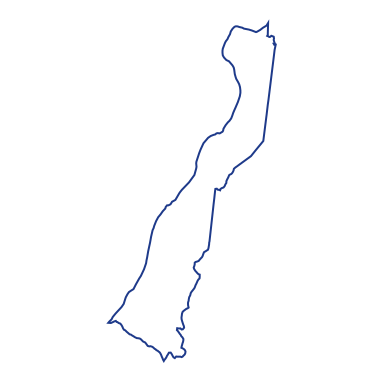 Presidente Epitácio, São Paulo, Brazil
{"feature_id": "56859067B48653003049602", "entity_name": "Presidente Epitácio", "entity_type": "district", "adm_level": 2, "iso_a3": "BRA", "parent_name": "Brazil", "parent_adm1": "São Paulo", "projection": "equal_earth", "projection_center": [-52.191, -21.884], "detail": "fine", "context": "isolated", "style": "outline", "palette": "blue", "viewbox_px": 384, "rotation_deg": 0, "n_neighbors": 0, "source": "geoboundaries", "source_scale": "gbopen_adm2", "svg_char_len": 4036}
<svg xmlns="http://www.w3.org/2000/svg" viewBox="0 0 384 384"><path d="M275.7,44.7L274.3,44.8L273.7,43.7L274.9,43.6L274.3,42.1L273.7,39.9L274.0,38.4L273.7,36.7L272.7,36.3L271.3,35.8L270.3,36.8L269.3,37.0L268.4,36.4L267.2,35.9L267.8,34.8L267.8,33.4L268.1,23.0L266.5,25.6L262.9,27.8L260.2,29.9L257.1,31.7L256.0,32.1L251.6,30.4L250.2,30.0L249.0,29.6L243.9,28.6L242.3,27.7L239.3,27.0L237.6,26.4L235.9,26.3L234.5,26.8L232.6,28.7L230.8,31.4L230.0,34.2L228.4,37.0L227.5,39.1L225.8,41.3L224.9,43.1L222.8,48.7L222.5,50.6L222.5,52.9L222.8,55.4L224.0,57.5L226.3,60.0L227.3,60.5L229.0,61.3L232.5,65.4L233.7,67.5L234.2,69.6L234.8,74.1L235.7,77.3L236.3,79.0L238.0,81.9L239.2,84.3L240.0,87.1L240.4,90.4L240.4,92.9L239.8,96.4L238.6,99.9L237.9,102.0L235.6,107.4L234.3,110.3L233.2,112.9L232.3,115.6L231.2,118.4L229.4,120.9L227.9,122.3L225.6,125.2L223.5,128.7L223.1,130.7L222.5,131.7L219.7,133.4L217.7,133.1L216.4,133.4L215.3,134.4L213.5,134.9L211.7,135.6L210.7,136.0L208.1,137.8L203.5,143.2L200.6,149.5L199.2,153.1L196.4,161.7L196.2,163.3L196.5,166.8L196.2,168.5L194.4,175.0L189.0,182.4L181.9,189.8L180.3,191.8L179.3,193.2L175.4,199.9L173.1,201.2L172.1,201.7L170.5,204.3L168.5,205.3L167.1,205.3L165.7,207.0L165.3,208.5L162.7,211.3L160.7,214.2L158.2,217.2L156.1,221.1L154.2,225.9L153.6,228.1L152.6,230.2L151.1,236.7L150.4,240.7L150.0,242.9L148.2,251.2L147.1,257.6L146.5,260.4L146.1,263.2L144.0,269.3L140.9,275.9L139.2,278.5L135.9,284.4L133.5,289.1L130.8,290.8L128.9,292.1L127.4,294.3L125.8,297.3L125.1,299.4L123.7,303.9L121.5,307.1L115.7,313.4L113.8,315.7L112.7,317.1L111.6,319.3L109.3,321.6L108.3,322.8L110.9,323.0L112.7,322.2L114.3,321.4L115.8,320.9L116.6,321.9L117.5,322.1L118.6,323.0L120.3,323.6L121.3,324.8L122.3,326.5L123.0,328.2L123.9,329.7L125.2,330.3L126.7,331.8L127.9,332.8L128.7,333.5L129.6,334.3L130.9,334.6L132.3,335.6L133.6,336.3L134.7,337.1L135.8,337.6L136.7,338.1L137.9,338.2L139.7,338.5L140.8,339.2L142.1,340.5L142.9,341.4L144.1,342.0L145.2,342.5L146.4,344.1L147.7,345.9L149.3,346.4L150.4,346.2L151.4,346.5L152.5,346.9L153.8,348.0L154.6,348.8L155.6,349.3L156.4,350.2L157.6,350.7L158.5,351.5L159.5,352.2L160.2,353.1L161.1,354.8L161.8,356.7L162.6,358.4L163.0,359.6L163.8,361.0L164.5,359.8L165.3,358.9L166.3,357.4L166.9,356.0L167.9,354.5L168.9,352.7L170.7,352.6L171.8,354.2L172.6,355.8L173.5,357.3L174.8,358.1L175.5,357.3L176.2,356.5L177.7,356.7L179.5,356.7L180.5,356.7L181.5,357.1L182.5,356.7L183.6,355.5L184.7,354.5L185.3,353.1L185.5,351.5L185.0,350.3L184.0,349.2L182.6,348.3L181.4,347.8L181.7,346.2L182.1,344.9L182.5,343.3L183.0,342.0L183.3,340.6L183.4,339.0L182.4,337.3L181.3,336.2L180.7,334.9L179.9,334.0L179.3,333.1L178.6,332.1L177.8,331.0L176.9,330.1L177.2,328.2L178.8,328.5L180.4,328.4L181.6,329.5L182.8,329.3L184.1,327.7L183.9,326.2L183.4,325.0L182.8,323.3L182.4,322.0L182.0,320.7L181.6,319.2L181.5,317.5L181.8,315.4L182.0,313.7L182.6,311.9L183.6,310.9L184.4,310.3L185.7,309.3L186.6,308.7L187.5,308.4L188.6,307.6L188.1,305.4L188.0,303.7L188.1,302.3L188.6,300.8L188.8,299.2L189.2,297.2L190.2,295.4L190.7,293.2L191.6,291.7L192.6,290.5L193.6,289.2L194.3,288.3L195.0,286.8L195.5,285.3L196.3,283.8L197.0,282.2L197.6,280.8L198.5,279.4L199.5,278.5L199.7,277.0L199.7,274.6L198.5,274.2L197.4,273.2L196.4,272.0L195.6,271.2L194.9,270.2L194.1,268.9L193.7,267.6L194.3,266.0L194.7,264.3L194.7,262.8L195.5,262.0L196.9,261.6L198.6,261.0L199.8,259.5L201.0,258.2L201.9,257.3L202.5,256.3L203.1,254.6L203.7,252.9L204.3,251.9L205.3,251.5L206.6,250.6L208.0,249.7L208.5,248.0L208.8,246.2L209.1,244.4L209.2,242.6L209.5,241.4L213.6,204.1L214.3,198.2L215.1,190.8L215.4,188.9L216.8,188.7L217.8,189.7L219.1,189.9L220.1,190.3L220.5,189.0L221.6,188.2L222.6,187.8L223.5,187.5L224.6,186.2L225.4,184.3L226.3,183.0L226.4,181.2L226.9,180.0L227.5,178.8L228.2,177.5L228.7,176.3L229.2,175.1L230.1,174.5L231.1,174.1L232.0,173.3L232.9,171.9L233.5,170.6L233.9,168.8L235.1,167.7L251.0,156.1L255.8,150.1L263.3,141.0L264.2,133.8L266.3,117.1L266.6,114.8L267.2,109.7L267.8,104.6L268.5,99.6L274.0,55.0L274.6,49.9L275.7,44.7Z" fill="none" stroke="#1e3a8a" stroke-width="2"/></svg>